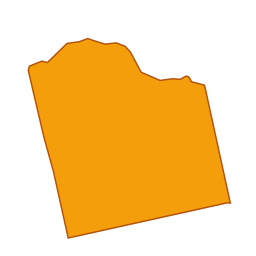 Lawrence, Illinois, United States of America, rotated 257°
{"feature_id": "52423323B54167037237770", "entity_name": "Lawrence", "entity_type": "district", "adm_level": 2, "iso_a3": "USA", "parent_name": "United States of America", "parent_adm1": "Illinois", "projection": "albers", "projection_center": [-87.62, 38.71], "detail": "fine", "context": "isolated", "style": "filled", "palette": "amber", "viewbox_px": 256, "rotation_deg": 257, "n_neighbors": 0, "source": "geoboundaries", "source_scale": "gbopen_adm2", "svg_char_len": 516}
<svg xmlns="http://www.w3.org/2000/svg" viewBox="0 0 256 256"><g transform="rotate(257 128 128)"><path d="M34.3,45.0L32.8,208.0L31.8,210.8L152.5,212.2L158.9,200.1L162.8,199.3L164.2,198.6L165.3,196.9L165.2,195.1L163.7,190.1L166.0,182.2L167.1,170.0L179.3,153.4L201.6,147.4L206.2,144.7L208.2,143.6L213.5,135.8L214.9,124.4L220.9,114.2L224.2,108.8L223.0,99.9L223.3,97.1L224.1,87.6L209.9,64.2L212.5,59.2L210.5,46.0L206.6,43.8L137.6,44.0L102.8,45.6L34.3,45.0Z" fill="#f59e0b" stroke="#b45309" stroke-width="1.5"/></g></svg>